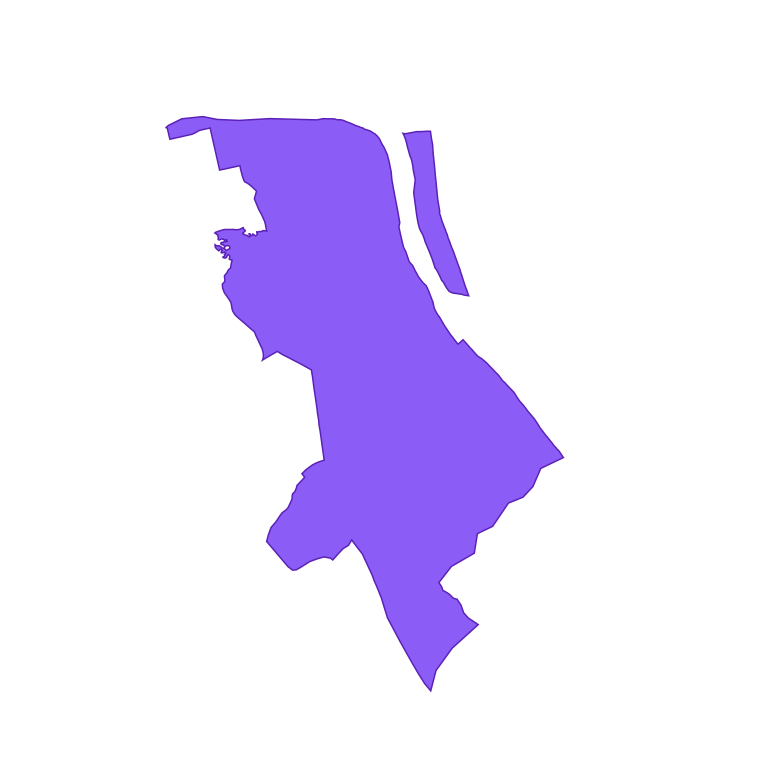 outline of Yangon (West), Yangon, Myanmar, rotated 165°
{"feature_id": "60261553B21361013305345", "entity_name": "Yangon (West)", "entity_type": "district", "adm_level": 2, "iso_a3": "MMR", "parent_name": "Myanmar", "parent_adm1": "Yangon", "projection": "natural_earth1", "projection_center": [96.146, 16.837], "detail": "fine", "context": "isolated", "style": "filled", "palette": "violet", "viewbox_px": 768, "rotation_deg": 165, "n_neighbors": 0, "source": "geoboundaries", "source_scale": "gbopen_adm2", "svg_char_len": 6167}
<svg xmlns="http://www.w3.org/2000/svg" viewBox="0 0 768 768"><g transform="rotate(165 384 384)"><path d="M418.3,75.5L407.9,93.8L386.5,111.2L355.3,127.2L363.2,136.2L366.3,142.5L366.8,150.3L369.1,157.2L370.4,158.0L371.5,158.5L373.0,159.9L374.2,162.3L375.5,164.3L377.6,166.6L379.4,168.4L380.5,169.2L380.7,172.4L381.3,174.9L382.4,178.0L366.0,190.4L340.6,197.2L332.5,215.3L315.9,218.4L294.6,236.8L279.0,238.7L266.7,246.4L254.4,261.9L229.8,266.5L232.2,273.8L233.5,275.9L234.1,277.4L235.9,280.7L236.6,282.7L240.0,290.5L241.3,293.2L244.9,302.1L245.8,305.6L248.0,311.9L251.9,320.1L254.7,327.0L257.4,332.4L258.7,336.1L260.6,342.2L261.2,343.4L261.9,344.7L264.0,348.3L266.9,353.9L268.6,356.5L270.4,361.2L271.4,363.4L273.4,366.8L275.7,371.1L277.1,373.5L279.1,377.3L283.2,383.4L284.9,385.1L286.4,386.9L289.2,392.4L289.9,394.0L291.3,396.4L292.9,399.8L296.2,406.3L302.1,403.3L302.9,404.8L307.1,414.9L310.4,424.5L312.2,431.1L313.1,434.4L314.2,437.1L315.5,441.9L315.6,443.1L315.8,445.0L315.5,450.7L315.8,452.8L316.8,462.6L317.8,468.0L320.3,472.1L322.9,478.5L323.8,482.4L324.6,485.4L325.0,487.8L325.8,491.4L326.8,493.1L328.0,495.7L328.7,506.4L329.7,510.8L329.6,517.5L329.0,531.8L327.0,535.7L325.9,548.2L324.7,565.2L324.5,566.6L324.4,569.2L323.5,579.5L322.2,586.7L321.5,597.4L321.5,601.2L321.4,604.5L322.7,612.5L323.9,616.5L324.9,622.0L326.4,625.4L328.1,628.0L330.0,629.9L330.8,630.9L332.3,632.3L337.4,635.6L337.9,636.6L340.3,638.0L341.8,639.3L344.3,640.8L345.5,641.9L348.9,644.6L352.3,647.0L355.1,649.2L357.7,650.5L361.3,651.5L363.0,652.8L365.5,653.6L370.7,655.0L373.8,656.0L380.5,656.5L425.6,669.9L455.7,676.1L476.6,682.7L489.8,689.2L510.7,692.5L525.2,689.6L528.7,687.9L527.1,687.9L527.5,675.8L504.6,674.9L501.2,675.5L497.3,676.6L495.7,676.7L485.7,676.3L487.4,633.2L482.5,632.9L468.8,632.3L466.6,632.1L466.9,629.6L467.0,621.5L466.9,619.4L466.4,615.6L464.4,613.7L462.7,611.8L461.0,609.5L457.4,603.7L457.5,602.8L461.3,596.5L459.8,584.9L458.4,579.3L457.2,571.7L457.2,569.6L457.7,563.1L457.6,562.1L459.2,562.8L461.3,563.5L462.2,563.1L463.3,563.0L463.9,563.3L464.9,563.5L466.6,563.5L467.5,563.9L467.7,563.3L467.6,562.3L467.6,561.3L468.9,560.6L469.8,560.4L470.5,561.0L471.3,562.4L471.8,562.8L472.3,561.9L473.6,561.6L474.1,562.4L474.3,563.3L474.8,563.9L475.6,563.9L475.6,563.3L475.0,562.6L475.0,561.7L475.7,560.9L476.4,561.1L476.9,561.7L477.3,562.5L477.8,563.0L479.2,563.7L480.1,564.3L481.4,565.5L481.4,566.1L481.0,566.5L480.3,566.5L479.6,567.2L479.1,567.6L478.4,567.7L478.4,568.6L479.1,569.4L479.6,570.2L479.4,571.4L480.4,571.4L482.5,570.9L483.3,570.8L485.3,570.9L487.0,571.3L489.9,572.4L491.5,572.8L497.6,574.4L498.5,574.5L499.4,574.6L504.9,574.4L507.5,574.1L508.3,573.7L507.6,573.1L507.0,571.8L506.3,571.5L505.9,570.7L506.3,569.4L505.9,568.7L506.8,566.8L506.3,565.9L505.7,565.7L503.9,566.2L503.1,566.1L502.6,565.7L501.9,565.6L501.3,564.9L500.9,564.3L498.8,564.1L498.5,563.5L498.9,563.1L498.7,562.4L500.7,562.6L501.1,563.2L502.8,562.3L503.3,562.6L504.0,562.8L504.6,562.6L505.2,562.3L505.3,561.5L504.2,560.2L503.4,560.2L502.6,559.3L502.6,558.5L502.6,557.7L502.1,557.6L501.3,558.3L500.3,558.3L498.4,557.9L497.9,557.3L497.5,555.8L497.6,555.0L499.7,554.3L501.1,554.1L501.7,553.8L502.5,554.8L502.8,555.6L503.0,557.0L503.5,556.6L504.2,556.6L505.1,557.4L506.1,558.8L507.4,560.2L508.2,560.4L508.8,560.3L509.3,560.6L510.0,560.9L511.1,562.3L511.3,561.7L511.6,559.8L511.1,558.5L510.7,557.7L509.7,556.2L509.1,555.4L508.4,555.7L507.8,556.3L507.2,556.6L506.6,556.3L506.0,555.5L505.8,554.7L506.7,554.3L507.1,553.5L507.3,552.9L506.7,552.6L504.1,552.6L503.4,552.2L502.9,551.5L503.3,550.9L503.9,550.7L504.6,550.6L504.5,549.6L505.2,548.7L506.0,548.4L506.5,548.5L506.7,547.9L506.1,547.3L505.3,546.9L504.4,546.8L503.4,547.0L502.7,547.9L501.6,548.9L500.9,549.2L500.1,548.4L500.0,547.4L500.3,546.3L500.8,545.5L501.1,544.7L500.6,544.0L500.1,543.7L499.4,543.5L498.8,543.3L499.0,542.3L500.1,540.4L502.0,536.2L502.4,535.7L505.3,534.1L506.7,532.3L509.9,530.0L510.3,529.2L510.5,528.2L510.5,526.9L510.8,525.7L511.5,524.2L512.0,523.6L513.7,522.8L514.2,522.4L514.6,521.0L514.9,519.4L515.0,517.9L514.6,513.6L511.8,505.9L510.9,502.9L510.8,502.0L510.8,501.0L511.3,496.1L511.3,494.3L511.2,493.3L510.2,490.0L509.8,489.1L509.3,488.2L507.9,485.9L503.8,480.0L498.5,472.0L495.7,468.0L495.2,464.0L493.1,452.1L492.6,449.4L492.6,446.4L492.8,444.2L493.4,441.7L494.6,439.3L495.2,438.5L491.0,439.8L478.6,443.1L474.9,439.1L470.1,434.8L458.6,424.3L450.5,416.4L451.3,408.4L452.5,399.7L454.3,384.1L455.3,376.0L455.8,373.3L456.3,367.6L456.7,364.7L457.4,360.9L457.9,355.0L461.2,328.4L461.6,325.9L466.1,325.7L469.6,325.3L473.6,324.5L476.7,323.4L479.6,322.2L481.4,321.5L486.5,318.6L484.8,314.4L494.2,308.6L495.7,306.0L496.8,304.6L498.1,303.0L500.7,301.6L501.6,299.8L502.6,296.7L505.2,293.5L508.7,289.4L511.1,287.8L515.7,286.0L519.2,283.2L521.5,281.1L524.7,278.4L530.1,274.8L534.7,268.3L538.2,262.1L537.8,261.6L524.0,232.4L520.5,227.9L516.9,227.2L511.6,228.6L501.7,231.7L493.8,232.4L486.7,232.5L480.9,229.7L479.0,227.3L471.6,232.2L466.0,235.6L460.0,237.4L455.6,241.7L450.6,229.4L448.9,225.5L444.8,201.8L444.4,196.7L443.6,191.5L441.9,177.8L441.2,157.4L435.0,130.5L429.1,107.5L425.8,95.4L422.3,84.2L418.3,75.5ZM300.8,621.2L300.4,619.5L300.0,616.3L299.8,611.0L300.0,606.7L299.9,597.6L299.5,594.9L299.4,591.8L299.8,586.4L300.3,583.9L301.0,573.1L305.8,561.1L308.6,539.7L309.2,533.7L309.4,530.4L309.5,525.5L308.9,522.0L307.8,517.5L307.8,516.5L307.5,514.0L307.5,511.3L306.8,506.0L305.9,499.4L305.1,492.3L304.6,482.7L303.7,480.8L302.4,474.9L301.4,469.0L300.3,467.1L300.0,465.3L298.7,460.7L297.3,457.0L296.1,455.7L294.6,454.5L292.8,453.5L290.7,452.7L288.5,451.7L286.0,450.7L283.5,449.1L279.3,447.3L279.6,449.9L279.8,454.0L280.1,455.7L280.5,462.4L280.8,469.9L281.0,472.3L281.0,475.5L281.3,477.6L282.1,487.3L282.3,488.6L282.3,489.7L282.6,493.6L283.0,496.9L283.3,498.6L283.8,505.0L284.0,506.1L284.3,509.5L284.2,511.9L284.8,515.2L284.7,516.8L285.1,519.1L285.4,522.4L285.8,526.0L286.0,532.5L286.2,534.9L285.5,536.1L284.4,547.7L283.4,554.0L281.9,562.9L280.4,572.4L279.4,577.9L276.5,595.8L275.1,602.7L274.5,610.1L273.7,616.1L276.6,616.9L283.3,618.3L287.0,619.3L297.8,620.1L299.9,620.7L300.8,621.2Z" fill="#8b5cf6" stroke="#5b21b6" stroke-width="1.5"/></g></svg>